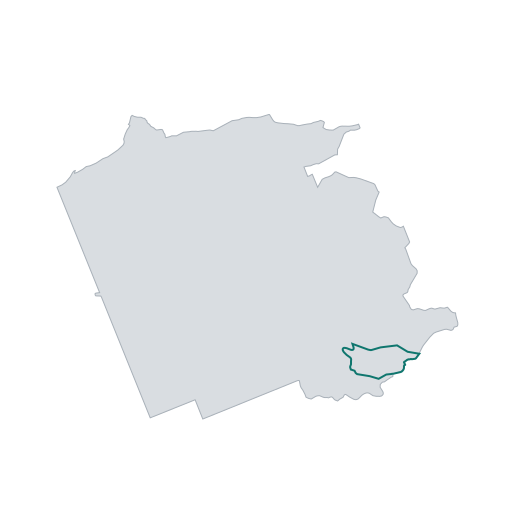 Central Darfur on a map of Sudan (Robinson projection), rotated 248°
{"feature_id": "SDN-5859", "entity_name": "Central Darfur", "entity_type": "State", "adm_level": 1, "iso_a3": "SDN", "parent_name": "Sudan", "parent_adm1": "", "projection": "robinson", "projection_center": [23.507, 12.127], "detail": "fine", "context": "in_parent", "style": "outline", "palette": "teal", "viewbox_px": 512, "rotation_deg": 248, "n_neighbors": 0, "source": "natural_earth", "source_scale": "10m", "svg_char_len": 4736}
<svg xmlns="http://www.w3.org/2000/svg" viewBox="0 0 512 512"><g transform="rotate(248 256 256)"><path d="M339.8,400.5L335.8,400.5L335.4,399.4L335.4,396.5L335.8,394.3L337.3,390.8L336.9,388.9L337.1,386.1L336.0,383.1L326.4,374.1L324.5,371.7L319.4,369.4L320.2,366.9L318.0,348.6L319.0,346.5L319.3,343.3L319.2,340.5L320.4,335.8L320.5,333.8L310.4,333.7L310.3,335.7L310.7,337.9L310.7,338.8L296.6,338.9L302.3,346.1L302.6,349.2L302.3,353.1L302.4,355.7L302.8,357.3L304.3,360.5L304.2,361.1L303.9,361.9L293.9,371.4L292.3,375.9L291.0,378.2L288.1,382.1L279.0,392.3L277.5,393.0L270.6,393.3L269.9,393.6L269.3,394.1L269.0,394.0L263.0,388.0L253.0,380.7L246.4,384.5L244.5,385.9L244.5,389.4L243.5,391.1L241.8,393.0L236.9,394.3L234.3,395.3L231.3,397.3L228.3,400.5L228.1,402.2L228.4,403.8L211.5,403.7L210.4,402.5L207.9,397.1L206.2,397.4L190.7,396.8L188.5,397.4L184.1,399.6L181.9,399.9L179.6,398.9L171.5,388.3L169.7,387.0L167.9,384.5L166.1,383.4L165.5,382.5L165.4,381.4L165.4,379.1L164.8,377.6L163.6,377.3L152.7,379.7L151.1,379.5L148.8,379.9L148.0,380.3L147.1,381.7L146.9,384.7L146.7,386.1L145.8,387.7L142.7,391.3L142.0,392.9L142.2,396.9L142.0,398.9L141.5,399.8L140.2,401.3L139.7,402.2L139.1,407.3L137.4,410.4L137.0,411.5L136.9,413.7L136.7,414.4L131.7,416.1L129.9,417.3L128.8,419.0L128.5,419.7L126.4,419.1L123.7,418.7L118.5,418.1L116.5,417.3L115.5,416.1L115.8,413.0L115.3,412.4L114.5,411.8L113.9,410.5L114.0,408.9L116.7,405.3L117.3,403.4L118.0,394.5L117.8,391.7L115.6,386.7L110.7,378.1L109.5,376.4L103.3,369.3L102.6,368.2L101.1,365.2L102.7,358.6L102.9,356.8L102.4,354.9L100.9,353.5L99.5,353.3L97.6,351.6L96.5,350.8L95.4,349.2L94.7,347.1L95.2,339.3L94.8,338.3L93.3,338.0L92.9,337.4L93.0,335.9L92.1,331.5L91.2,327.9L91.7,325.9L90.4,323.1L87.8,321.9L82.9,322.8L81.4,322.7L80.3,322.2L79.6,321.1L79.2,319.9L79.5,318.2L80.9,314.9L82.7,312.1L86.2,309.7L87.2,308.4L87.7,306.9L87.8,305.2L87.6,303.5L87.2,301.9L86.2,299.7L85.2,297.2L85.2,295.5L85.6,294.3L86.6,292.9L90.1,290.0L93.7,287.6L94.3,286.8L94.1,285.8L92.4,283.8L91.9,280.0L91.0,277.4L92.8,275.4L94.2,274.7L96.3,274.0L97.1,273.2L97.4,271.6L97.3,270.1L98.1,269.0L99.1,266.5L99.9,265.4L102.7,262.6L103.3,260.7L103.5,259.0L102.7,253.6L104.3,251.4L106.3,249.5L109.3,249.6L113.8,249.2L116.9,248.5L119.1,248.5L124.1,249.5L124.6,249.0L124.9,247.6L124.8,145.6L145.5,145.7L145.6,97.3L275.9,97.3L277.0,97.1L279.0,92.6L279.8,92.3L281.2,92.5L281.6,93.6L280.6,97.3L394.3,97.2L394.6,102.8L395.7,107.2L399.0,113.5L401.8,116.9L402.9,118.7L403.0,119.6L402.9,120.4L402.0,119.5L400.6,118.8L400.5,121.8L401.3,127.8L402.5,132.1L401.8,136.0L402.0,142.6L403.6,150.6L403.4,155.7L406.0,167.5L408.5,174.1L409.8,175.7L411.2,176.6L414.0,177.1L418.1,180.5L421.4,184.0L422.5,185.9L424.1,187.9L425.2,187.5L425.8,187.0L426.9,188.6L432.0,192.2L432.8,193.8L431.0,195.4L429.0,198.2L428.0,200.8L427.5,201.6L425.8,203.2L425.5,204.0L424.8,204.5L424.0,204.5L422.3,205.4L420.7,205.1L419.2,205.6L418.6,206.2L417.4,206.7L415.7,207.0L413.1,209.2L410.8,210.3L410.0,211.1L408.9,215.5L408.0,216.6L404.6,216.7L402.9,217.1L400.7,216.6L399.5,216.7L399.3,217.6L398.9,221.3L399.0,222.9L397.2,227.2L397.9,235.1L396.1,241.1L395.9,242.5L394.1,247.2L393.2,248.9L390.9,257.7L390.1,260.4L388.1,263.3L390.4,284.5L388.8,291.0L388.9,294.5L387.8,299.7L386.9,302.1L385.4,305.1L384.1,308.3L383.1,312.6L382.4,320.8L382.1,321.5L376.0,322.5L374.1,323.1L372.8,324.0L371.3,326.1L368.2,331.8L366.6,335.3L364.1,340.1L361.2,343.5L360.6,345.2L360.1,348.2L359.1,353.1L358.1,356.6L358.3,359.3L357.5,364.2L357.6,366.5L356.6,367.8L355.2,369.1L354.2,369.4L350.0,366.2L347.0,368.4L345.2,371.5L343.8,374.7L344.7,381.4L344.6,382.8L344.2,384.4L341.4,391.0L340.6,394.0L339.8,399.2L339.8,400.5Z" fill="#d9dde1" stroke="#a8b0b8" stroke-width="1"/><path d="M104.2,370.8L101.2,365.9L101.1,365.2L101.9,361.8L102.1,361.6L102.4,361.2L102.5,360.9L102.5,360.4L102.6,359.9L102.7,359.5L103.1,358.6L103.1,358.2L103.1,357.5L103.1,357.2L102.6,355.4L102.3,353.7L102.0,353.4L101.5,353.4L99.4,353.6L99.2,353.5L99.2,352.8L99.2,352.6L98.6,352.0L96.9,351.3L96.2,350.9L95.4,350.1L94.8,349.1L94.3,347.9L94.2,346.8L95.4,339.3L95.8,338.1L95.9,337.7L95.9,337.3L97.3,332.4L96.2,323.7L102.0,316.4L108.6,305.5L110.2,304.6L112.7,304.4L115.2,301.4L115.8,301.5L116.9,301.5L117.5,301.6L118.2,301.9L118.8,302.4L119.4,303.0L120.0,303.5L120.7,303.8L122.9,304.7L124.5,305.5L125.1,305.6L126.1,305.5L127.0,305.1L130.3,303.0L133.8,301.5L134.7,301.3L135.5,301.2L136.2,301.2L136.9,301.4L137.4,301.7L137.8,302.3L137.9,302.9L137.8,303.3L137.6,303.8L137.3,304.4L136.5,305.6L133.6,308.7L133.1,309.4L132.8,310.2L132.8,310.9L133.1,311.5L133.7,311.9L134.5,312.2L138.4,312.5L127.2,324.9L126.0,326.7L125.6,327.6L125.5,328.4L124.6,337.3L120.3,353.3L115.9,356.6L110.4,360.7L104.2,370.8Z" fill="none" stroke="#0f766e" stroke-width="2"/></g></svg>